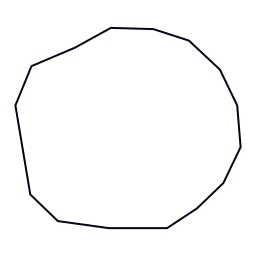 Dingila, Orientale, Democratic Republic of the Congo (Albers equal-area conic projection)
{"feature_id": "63176286B70830242214620", "entity_name": "Dingila", "entity_type": "district", "adm_level": 2, "iso_a3": "COD", "parent_name": "Democratic Republic of the Congo", "parent_adm1": "Orientale", "projection": "albers", "projection_center": [26.075, 3.651], "detail": "fine", "context": "isolated", "style": "outline", "palette": "ink", "viewbox_px": 256, "rotation_deg": 0, "n_neighbors": 0, "source": "geoboundaries", "source_scale": "gbopen_adm2", "svg_char_len": 307}
<svg xmlns="http://www.w3.org/2000/svg" viewBox="0 0 256 256"><path d="M57.9,221.1L108.5,228.1L167.1,228.1L197.0,208.4L223.4,183.0L240.6,147.1L237.2,105.4L219.9,69.6L188.9,40.6L153.3,29.1L110.8,27.9L75.1,47.6L31.5,66.1L15.4,105.4L30.3,194.5L57.9,221.1Z" fill="none" stroke="#020617" stroke-width="2"/></svg>